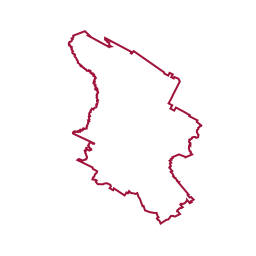 El Chal, Petén, Guatemala (Equal Earth projection), rotated 116°
{"feature_id": "79465075B2800048141456", "entity_name": "El Chal", "entity_type": "district", "adm_level": 2, "iso_a3": "GTM", "parent_name": "Guatemala", "parent_adm1": "Petén", "projection": "equal_earth", "projection_center": [-89.714, 16.515], "detail": "fine", "context": "isolated", "style": "outline", "palette": "rose", "viewbox_px": 256, "rotation_deg": 116, "n_neighbors": 0, "source": "geoboundaries", "source_scale": "gbopen_adm2", "svg_char_len": 5852}
<svg xmlns="http://www.w3.org/2000/svg" viewBox="0 0 256 256"><g transform="rotate(116 128 128)"><path d="M191.8,65.1L194.1,63.0L194.9,61.4L196.6,62.4L197.4,61.2L197.4,59.3L199.6,56.8L193.6,53.2L192.7,51.8L191.0,51.2L189.9,51.2L188.1,50.7L187.9,50.1L187.2,49.0L187.3,48.2L187.0,47.0L182.6,43.5L181.2,46.6L181.3,47.4L180.4,47.6L177.4,46.3L176.6,45.0L175.2,44.1L174.8,45.5L174.3,46.3L174.0,47.3L173.5,47.1L173.0,47.3L172.6,46.7L172.4,45.6L170.7,44.1L169.2,43.5L168.8,43.6L167.2,43.1L166.8,43.3L168.5,39.5L166.7,38.3L166.3,39.4L163.6,37.6L162.4,41.0L162.9,41.3L163.4,42.2L162.2,44.9L161.3,44.3L154.9,58.7L154.1,58.4L154.1,60.8L153.5,61.0L152.7,62.7L152.1,63.4L152.6,64.0L151.7,66.1L151.3,65.7L149.4,68.2L148.8,70.3L147.3,69.3L145.6,73.3L145.0,72.9L144.3,73.5L143.5,72.8L141.5,74.8L140.3,73.9L139.2,76.2L137.6,75.0L137.2,75.9L135.4,74.6L134.8,75.3L129.4,70.6L128.8,63.9L129.2,63.5L123.7,58.8L123.5,59.6L123.1,59.8L122.8,60.2L122.9,60.9L121.8,61.2L121.5,62.1L121.6,62.6L119.5,64.4L116.7,65.4L115.9,65.2L116.3,64.3L115.3,64.7L114.8,64.8L114.3,65.3L114.7,65.7L113.8,67.0L112.5,67.1L112.2,67.6L111.4,67.8L111.1,67.3L111.3,67.0L110.7,66.9L110.2,66.3L109.6,66.0L109.0,66.0L108.6,66.3L107.9,65.8L107.3,64.8L107.1,64.7L106.6,63.6L106.9,62.4L105.7,61.0L104.9,61.1L104.3,61.5L103.4,61.5L103.1,61.8L102.8,62.7L101.7,64.1L100.6,64.7L100.1,64.7L99.7,65.1L98.0,64.4L97.0,65.0L95.9,64.2L95.1,64.3L94.4,63.7L93.9,62.9L93.8,62.4L92.3,68.9L90.7,68.9L90.5,78.1L89.4,78.0L88.9,85.1L88.6,93.9L92.1,94.1L91.9,98.4L88.2,98.2L88.1,102.3L81.7,102.0L78.8,102.1L63.5,101.8L61.6,104.3L61.9,108.8L63.4,108.6L63.3,111.5L60.2,111.3L60.2,114.8L63.2,114.8L63.2,119.2L62.2,119.8L56.4,156.6L59.5,157.3L59.4,158.4L58.1,158.4L57.1,188.0L57.7,187.7L58.2,187.7L58.7,187.2L58.8,185.0L59.2,184.4L59.6,184.6L59.9,183.9L59.7,182.8L59.4,182.6L59.4,182.3L61.9,181.1L62.1,180.6L61.9,179.9L62.2,179.6L62.2,179.0L62.5,179.4L62.9,181.0L63.2,180.4L63.5,180.4L62.5,203.8L61.9,202.9L59.9,209.2L69.0,217.7L70.2,216.9L70.9,217.3L71.5,217.3L72.1,217.8L72.2,217.5L72.0,217.0L72.4,216.6L73.1,217.0L74.6,216.8L75.7,217.4L76.1,218.3L76.7,218.4L77.2,218.1L77.9,218.3L78.2,218.1L78.5,217.2L79.3,217.4L79.6,217.2L79.6,215.8L79.8,214.5L80.2,214.9L80.5,214.8L80.9,214.2L80.9,213.8L81.2,213.2L82.4,213.0L82.4,212.6L83.2,211.0L84.3,211.4L84.8,211.0L85.2,210.2L85.3,209.5L85.0,208.7L85.3,207.7L86.0,207.5L86.6,207.7L87.3,206.8L87.8,205.3L88.6,204.3L89.3,203.9L89.5,202.9L90.0,202.2L91.3,201.8L91.5,200.9L91.5,200.4L92.0,199.0L92.4,197.0L92.6,197.0L92.7,197.7L93.0,197.9L93.2,197.7L92.9,195.7L93.6,194.2L93.6,193.7L93.4,193.6L93.8,192.9L93.7,191.5L94.1,191.1L94.6,190.3L94.1,189.4L94.4,188.7L94.2,188.4L93.8,188.2L93.3,188.4L93.1,187.2L93.7,187.3L94.1,186.8L94.3,186.4L94.1,185.7L94.5,185.1L94.7,185.6L95.0,185.5L94.8,184.6L95.1,184.2L94.9,183.9L94.6,184.1L94.4,183.5L95.4,183.2L95.6,182.1L95.0,182.5L94.8,182.2L94.8,181.8L95.6,181.3L95.9,181.5L96.2,182.0L96.5,181.8L96.4,179.8L97.1,179.6L97.1,179.1L97.3,178.8L98.3,179.3L99.4,179.0L99.5,179.3L99.8,179.4L100.0,179.3L100.7,178.2L100.9,178.2L101.4,179.0L101.6,178.9L101.8,178.0L101.9,177.9L102.5,178.2L102.6,178.8L102.8,178.8L102.9,178.0L103.6,177.2L103.4,176.4L103.5,176.0L103.8,175.9L104.6,176.3L104.8,176.2L105.1,175.5L105.8,174.9L105.9,174.6L105.5,174.2L106.0,173.3L106.6,174.0L106.8,174.6L107.4,174.6L107.4,174.2L107.6,173.6L107.4,173.0L107.4,172.5L107.8,172.8L108.0,172.7L108.2,171.7L108.7,170.6L109.3,170.4L109.8,170.7L110.5,170.4L111.2,170.9L112.4,170.1L112.8,170.3L113.6,169.4L114.5,169.6L116.4,166.9L117.2,167.0L117.3,167.7L117.7,167.5L117.9,166.8L118.6,166.5L120.1,166.1L120.4,166.8L121.3,166.7L121.4,166.0L123.2,165.6L124.4,166.7L125.7,167.5L125.9,167.4L126.0,167.2L126.5,167.2L126.5,168.9L127.0,168.8L128.0,169.3L128.6,168.9L129.3,169.1L129.9,168.5L130.6,169.2L131.7,169.3L132.1,169.0L132.6,169.0L132.7,168.7L133.1,168.4L134.2,168.3L133.8,167.5L134.1,167.2L134.8,168.0L135.6,167.9L137.4,166.2L137.9,166.4L138.6,167.3L138.8,167.1L139.1,165.8L140.6,166.4L141.8,165.7L143.5,166.0L144.2,165.9L144.3,165.5L144.5,165.3L145.2,165.6L145.7,165.4L146.0,165.5L146.3,165.0L146.5,164.9L148.0,166.7L147.7,167.5L147.9,168.1L148.7,168.2L149.2,167.6L150.1,168.0L150.2,168.9L150.4,168.7L150.6,169.3L150.9,168.8L151.5,169.3L151.1,170.0L151.3,170.3L151.6,170.4L152.0,169.6L152.3,169.5L152.2,171.0L152.5,171.2L153.0,170.5L153.5,171.0L153.4,171.2L152.9,171.3L152.9,171.8L153.2,172.0L153.8,172.1L153.9,172.9L154.5,173.4L154.1,173.7L154.2,173.9L154.6,174.2L154.5,174.6L155.1,175.2L155.5,174.8L156.5,175.4L156.9,175.2L157.1,174.8L156.7,150.8L157.6,152.8L157.2,153.8L157.1,155.1L157.6,155.8L158.0,155.8L158.3,156.0L158.9,155.8L160.0,156.2L160.8,155.7L161.4,156.1L162.4,154.8L162.2,154.2L163.0,153.4L162.9,152.6L163.2,151.6L163.6,151.5L163.8,152.0L164.7,152.3L165.0,152.5L165.3,153.6L165.1,154.3L165.3,155.0L164.9,156.0L164.0,156.4L164.1,156.8L165.2,156.6L165.5,156.1L166.0,156.2L166.7,155.9L166.9,155.9L166.8,156.7L167.3,157.0L167.6,156.6L168.2,156.4L168.9,155.4L169.4,155.2L169.5,154.7L170.3,154.2L170.9,153.3L172.0,152.4L172.0,152.2L173.0,151.8L173.9,152.1L174.5,151.8L174.8,152.0L175.2,152.8L175.6,152.9L175.8,153.3L177.4,154.6L177.2,155.2L177.3,155.7L177.1,155.9L177.2,156.6L177.4,156.7L177.2,157.2L177.2,157.9L177.7,158.8L178.2,158.8L178.3,159.1L179.0,159.4L179.0,142.5L180.1,141.8L180.4,136.8L181.7,136.5L184.4,137.4L186.4,137.0L187.8,137.8L189.8,137.4L189.4,135.8L188.9,135.3L188.9,133.1L190.5,133.4L191.7,130.6L191.0,128.9L189.4,125.6L188.6,125.2L187.0,123.1L186.8,121.1L187.0,118.6L188.1,117.8L190.1,118.1L190.5,114.1L189.6,113.9L188.5,114.2L190.1,101.5L186.7,101.1L186.9,100.0L186.6,99.9L186.4,99.2L185.9,99.5L185.3,99.3L185.2,99.1L184.7,99.5L184.2,99.4L185.1,97.0L184.3,94.2L183.9,92.2L182.9,91.6L182.8,91.3L182.5,91.1L185.2,88.5L186.5,86.2L191.9,80.7L191.2,79.9L194.6,76.6L194.0,70.8L193.6,70.1L192.9,67.3L191.8,65.1Z" fill="none" stroke="#9f1239" stroke-width="2"/></g></svg>